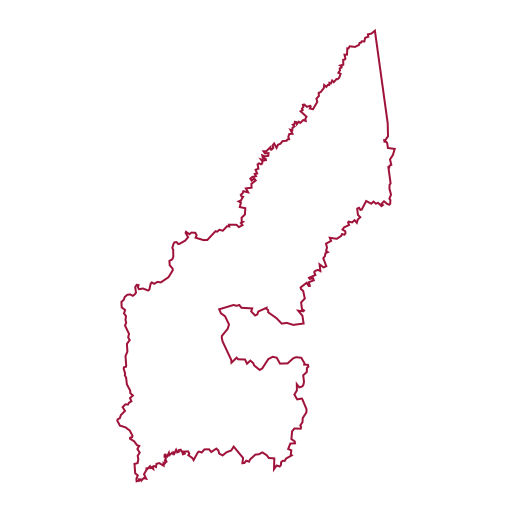 outline of Bu Gia Map, Bình Phước, Vietnam
{"feature_id": "81297802B78542366840504", "entity_name": "Bu Gia Map", "entity_type": "district", "adm_level": 2, "iso_a3": "VNM", "parent_name": "Vietnam", "parent_adm1": "Bình Phước", "projection": "natural_earth1", "projection_center": [106.995, 11.949], "detail": "fine", "context": "isolated", "style": "outline", "palette": "rose", "viewbox_px": 512, "rotation_deg": 0, "n_neighbors": 0, "source": "geoboundaries", "source_scale": "gbopen_adm2", "svg_char_len": 6084}
<svg xmlns="http://www.w3.org/2000/svg" viewBox="0 0 512 512"><path d="M304.5,363.3L301.3,357.8L296.2,357.2L293.3,358.2L287.6,363.4L280.0,363.6L276.7,357.7L272.7,356.8L268.3,359.1L262.2,368.5L259.6,369.9L254.2,365.5L253.2,363.1L250.3,360.6L247.0,363.7L245.0,359.5L238.1,359.3L236.6,357.7L231.5,362.7L231.2,359.8L222.6,341.5L221.8,338.1L221.9,335.9L227.7,328.8L229.0,324.5L225.0,316.2L221.0,313.4L219.2,309.3L233.5,305.0L236.8,305.8L239.3,305.0L241.4,307.8L252.2,308.4L251.2,311.4L255.1,315.5L257.3,314.4L258.3,311.5L266.5,307.8L266.4,308.8L268.2,310.2L268.2,312.3L276.5,318.2L281.7,323.6L286.8,322.9L293.3,324.9L303.6,323.5L302.4,315.7L298.2,310.7L303.4,311.3L304.0,310.5L302.0,309.2L301.1,302.5L304.8,298.5L303.2,291.0L301.0,289.1L300.6,287.5L306.6,282.8L308.8,286.0L309.8,285.9L308.8,282.2L313.8,280.3L313.1,278.3L309.8,278.9L309.0,277.8L315.4,275.0L314.2,272.1L315.2,270.9L318.0,269.9L320.4,271.1L319.6,264.4L323.6,267.4L326.3,266.2L323.3,258.3L324.9,256.2L325.5,253.1L327.8,252.1L326.1,250.9L327.0,247.5L326.0,243.7L331.1,240.9L329.8,237.8L336.8,238.8L341.1,236.0L342.0,234.1L344.5,234.7L345.5,233.1L345.2,231.2L342.5,229.6L344.0,227.4L349.1,225.0L348.1,222.5L348.7,221.6L352.1,222.4L354.6,220.2L356.8,222.8L357.8,219.5L360.3,217.2L357.9,214.9L357.2,208.6L359.1,207.8L360.4,209.9L361.7,209.6L366.2,201.0L371.3,203.7L373.5,201.6L375.9,203.7L378.0,202.8L381.5,206.1L382.8,205.1L381.2,204.2L384.0,201.3L387.2,203.9L389.2,204.7L390.2,203.8L390.4,200.1L389.4,198.8L391.0,194.6L389.4,188.5L389.6,184.8L390.6,183.4L388.4,167.3L389.2,167.5L389.5,165.7L391.3,164.8L390.0,159.4L392.9,155.0L394.7,148.9L387.9,148.0L387.2,143.2L386.2,141.8L384.5,141.7L384.2,140.1L385.3,140.1L388.0,136.3L387.7,123.3L374.9,30.7L371.4,33.6L367.9,34.4L368.3,36.7L365.2,37.8L364.3,41.5L361.7,41.3L360.9,42.7L359.6,42.9L358.9,45.0L355.0,46.9L349.7,46.3L348.5,48.4L347.3,48.3L347.0,54.6L344.5,54.7L345.4,58.4L345.0,59.4L343.2,59.8L343.3,64.7L340.3,65.5L341.6,66.4L341.6,67.5L339.7,68.4L340.0,70.3L338.4,72.8L340.6,73.8L339.2,77.7L337.6,79.2L336.4,79.1L333.8,82.2L332.2,80.5L330.9,83.4L329.4,82.8L329.2,85.0L327.8,84.9L326.3,86.9L324.2,85.0L323.8,88.1L320.7,92.1L318.7,92.8L318.9,96.0L316.4,98.7L317.3,101.8L313.0,109.2L309.9,108.5L310.7,106.5L310.1,105.8L306.9,106.8L304.2,104.5L302.9,104.8L303.4,106.9L301.9,108.7L302.7,110.0L300.6,111.3L306.5,116.7L305.3,118.9L305.7,120.9L303.3,120.0L300.3,122.9L298.8,121.7L296.8,124.2L296.4,122.1L294.9,121.8L294.4,124.1L292.9,124.7L294.5,126.4L292.5,127.8L292.3,130.4L290.4,129.8L292.5,133.8L289.3,134.0L288.3,136.8L289.1,139.2L287.3,139.5L286.7,140.7L282.4,141.2L280.5,143.7L277.9,144.8L276.6,147.9L274.1,143.5L272.6,145.5L273.3,147.9L271.5,149.7L270.8,149.6L270.4,147.2L266.4,151.2L263.5,151.3L265.0,153.4L268.5,153.1L268.3,155.8L264.7,156.4L262.3,155.3L262.8,157.9L265.7,158.9L265.9,160.1L263.9,160.5L261.0,159.5L262.5,161.5L262.1,163.6L261.0,164.3L259.1,163.3L257.6,164.4L258.4,168.7L255.6,169.8L257.1,173.5L254.8,173.9L256.0,176.2L252.2,177.0L250.3,178.7L251.6,180.6L254.2,178.5L255.7,180.5L251.4,183.8L251.6,187.7L245.9,188.4L248.1,192.3L243.3,191.2L242.7,193.2L240.8,194.8L241.6,196.5L243.0,196.8L240.9,200.5L238.7,201.4L240.9,202.6L239.8,207.1L245.3,208.2L244.9,214.5L241.6,217.7L241.7,221.5L242.9,221.9L240.9,223.1L242.5,225.1L238.9,227.1L236.5,224.8L229.0,224.7L229.3,226.5L227.2,226.1L222.8,230.7L219.4,229.8L217.1,231.7L215.5,231.2L207.3,240.0L203.5,240.1L195.6,237.7L196.6,235.2L195.3,232.8L191.4,232.6L189.4,234.2L186.0,231.8L185.6,232.9L188.1,237.2L185.2,240.6L179.4,243.9L178.2,244.0L176.6,242.1L174.4,242.4L173.6,243.7L172.3,247.8L173.2,249.8L173.3,256.7L172.3,259.3L169.4,260.9L169.7,265.2L172.6,268.6L172.8,270.2L168.5,277.2L160.8,282.4L157.5,281.9L154.1,283.8L151.8,282.4L150.7,283.6L149.3,289.7L148.1,290.5L143.0,288.5L139.0,289.2L137.9,287.3L138.5,285.1L136.7,284.8L135.2,287.1L136.0,292.7L134.3,294.8L132.8,295.8L130.0,294.4L127.3,294.8L124.7,297.0L123.8,299.7L121.4,302.0L121.7,307.4L125.1,310.0L124.0,313.4L126.0,316.1L125.5,319.9L126.2,322.7L125.0,325.5L129.0,333.8L128.2,337.4L129.7,340.1L126.9,343.9L127.4,351.6L125.5,356.1L126.2,365.6L126.0,366.7L123.9,367.3L123.7,368.7L125.1,373.4L124.8,375.3L126.1,377.6L126.9,384.4L130.2,390.6L130.3,393.1L132.9,395.5L130.0,398.1L131.4,401.3L129.0,402.7L128.0,404.5L125.3,404.4L122.6,407.2L125.0,410.9L120.9,415.0L119.8,418.2L117.7,419.3L117.3,420.6L119.9,425.6L125.4,427.3L129.7,430.5L132.5,435.8L132.2,437.1L130.1,437.7L130.0,438.7L134.2,441.3L137.0,445.2L139.2,445.9L137.4,449.0L139.7,452.6L137.7,455.8L138.3,459.3L137.6,463.1L134.5,463.9L135.2,473.3L137.8,475.4L136.4,478.7L136.6,481.3L139.2,480.7L138.9,479.3L140.9,479.4L141.4,480.6L143.7,478.1L146.2,478.7L144.0,474.2L146.5,469.8L146.4,467.6L147.3,469.1L149.8,466.4L150.4,468.9L150.7,466.9L153.2,468.9L152.8,466.7L153.9,466.0L156.0,467.0L156.5,463.8L159.2,463.1L163.6,465.7L163.5,463.2L165.1,464.3L164.5,463.1L166.5,461.7L166.0,460.5L164.9,460.6L166.1,457.2L164.5,456.8L164.7,454.7L165.4,454.6L165.6,456.2L166.0,455.2L167.2,456.4L168.9,452.8L169.4,455.2L171.9,452.9L172.9,453.9L173.3,452.5L174.3,453.7L176.1,449.8L177.2,452.4L178.9,451.7L178.7,450.2L180.7,449.7L181.2,451.0L183.1,451.6L182.3,452.3L183.0,454.3L184.8,453.6L183.9,451.6L188.2,451.4L189.3,453.7L188.3,455.1L192.3,458.0L193.6,460.1L197.8,452.4L198.9,451.6L201.7,452.5L204.5,449.4L209.0,449.3L211.3,452.0L216.3,448.6L218.4,450.5L219.2,453.6L222.6,455.4L226.6,452.2L231.2,450.5L233.7,446.6L243.1,458.0L242.4,463.2L244.4,463.0L246.2,460.7L249.0,461.7L250.2,459.3L255.4,454.6L258.8,454.3L262.4,452.4L266.8,455.3L268.8,458.0L274.3,458.4L274.0,469.2L276.6,465.5L279.7,466.5L280.9,465.1L281.1,462.2L282.7,460.8L284.7,460.9L286.0,458.6L291.8,455.3L290.8,454.5L291.3,450.3L288.2,449.0L290.3,443.6L295.0,443.3L294.7,441.4L291.4,439.1L292.1,431.3L294.4,428.5L300.7,428.7L301.1,427.0L300.3,425.4L302.5,422.2L302.7,418.1L306.4,412.4L306.5,409.2L302.3,399.2L301.8,398.5L297.2,399.4L294.4,394.6L296.9,390.4L296.8,384.2L299.3,387.4L302.3,386.4L303.3,385.0L304.0,381.8L303.2,375.3L306.8,372.0L306.9,368.0L308.4,366.7L307.9,364.8L304.2,364.6L304.5,363.3Z" fill="none" stroke="#9f1239" stroke-width="2"/></svg>